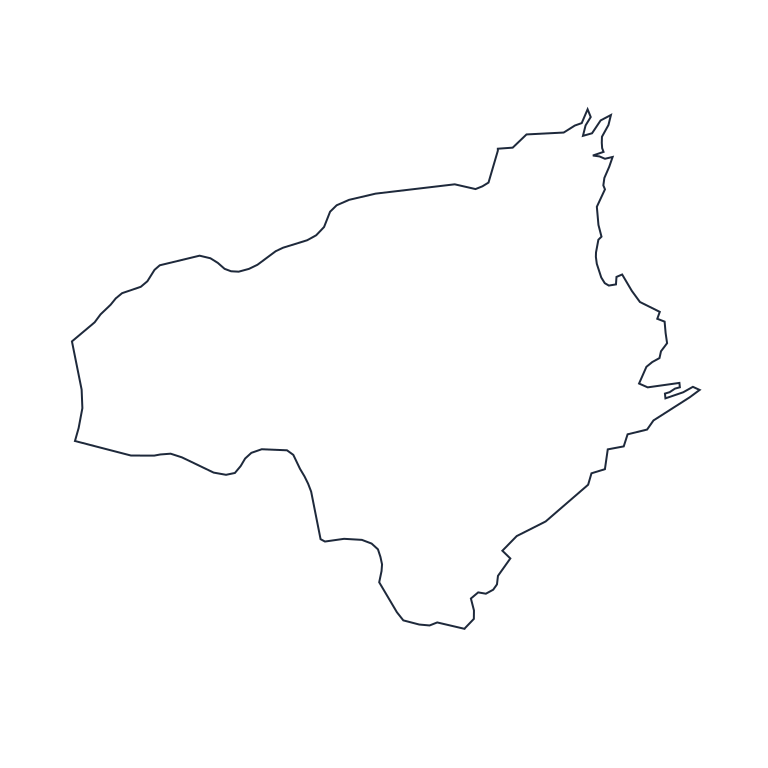 SVG path tracing the border of Tokushima, rotated 354°
{"feature_id": "JPN-1836", "entity_name": "Tokushima", "entity_type": "Prefecture", "adm_level": 1, "iso_a3": "JPN", "parent_name": "Japan", "parent_adm1": "", "projection": "natural_earth1", "projection_center": [134.325, 33.891], "detail": "fine", "context": "isolated", "style": "outline", "palette": "slate", "viewbox_px": 768, "rotation_deg": 354, "n_neighbors": 0, "source": "natural_earth", "source_scale": "10m", "svg_char_len": 2021}
<svg xmlns="http://www.w3.org/2000/svg" viewBox="0 0 768 768"><g transform="rotate(354 384 384)"><path d="M521.8,161.9L536.7,162.4L551.8,150.7L589.0,152.7L600.8,146.9L607.9,145.2L615.2,132.1L617.5,140.1L611.5,147.9L607.8,158.0L617.1,156.4L627.0,144.5L637.8,140.2L634.3,149.9L626.6,160.9L625.8,166.9L625.6,172.2L626.6,176.1L615.6,178.6L622.1,180.2L627.3,183.1L635.1,182.1L630.7,191.5L624.7,202.1L622.9,209.4L624.1,213.5L614.2,230.0L613.9,248.2L615.7,260.2L612.3,262.9L608.6,275.3L608.0,279.7L608.2,286.7L611.2,300.8L614.1,306.8L617.9,309.6L625.1,309.2L626.4,301.8L632.3,300.0L640.2,317.3L647.1,329.2L665.8,341.1L662.6,347.7L669.6,351.3L669.4,362.7L669.8,373.0L662.9,380.4L660.7,387.0L653.1,390.2L646.8,394.3L637.7,410.2L645.9,414.9L677.9,413.8L677.9,418.2L672.9,419.0L667.2,422.0L662.4,422.9L662.4,427.7L680.7,423.5L690.9,419.1L697.3,422.9L686.6,429.2L669.4,437.8L648.2,448.4L640.9,456.8L621.0,459.5L615.9,471.1L599.7,472.4L594.8,491.8L581.0,494.5L576.5,505.5L530.4,537.6L500.1,549.1L484.3,562.2L491.4,570.7L477.3,586.7L475.4,595.1L471.1,600.0L463.4,603.2L455.9,601.1L448.0,606.4L449.8,618.6L448.8,627.0L439.1,635.2L438.5,635.9L412.0,626.7L404.1,628.9L393.9,626.9L378.5,621.1L373.0,612.4L358.5,580.7L362.0,569.8L363.2,563.2L362.4,555.7L360.7,547.8L355.0,541.4L345.7,536.7L328.1,533.8L308.8,534.5L304.7,531.7L300.3,483.4L298.1,475.2L295.3,467.6L291.6,459.6L286.4,445.0L280.6,439.8L255.6,436.1L244.9,438.6L238.1,443.6L232.9,450.6L226.4,456.9L217.4,457.8L205.3,454.3L175.3,435.8L164.5,431.0L154.2,430.7L148.0,431.2L124.9,428.7L70.7,408.4L75.7,395.9L81.5,376.5L82.7,358.0L78.1,309.0L102.7,292.4L109.4,285.1L120.4,276.6L126.2,270.8L133.0,266.3L152.3,261.9L159.4,257.1L167.7,246.5L173.4,242.5L214.0,237.1L224.5,240.8L231.4,246.2L237.5,252.8L243.7,255.9L251.2,257.1L261.7,255.4L270.6,252.2L290.2,240.6L297.9,237.9L322.6,233.0L332.1,229.0L340.8,221.6L348.4,207.0L355.6,201.3L368.5,197.2L395.5,193.8L475.2,192.8L495.4,199.7L502.5,197.7L509.0,194.6L521.6,163.9L521.8,161.9Z" fill="none" stroke="#1e293b" stroke-width="2"/></g></svg>